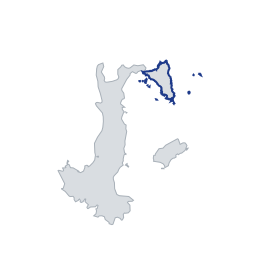 location of Sicilia, Enna, Italy, rotated 231°
{"feature_id": "23120603B91569774900330", "entity_name": "Sicilia", "entity_type": "district", "adm_level": 2, "iso_a3": "ITA", "parent_name": "Italy", "parent_adm1": "Enna", "projection": "albers", "projection_center": [13.963, 37.152], "detail": "fine", "context": "in_parent", "style": "outline", "palette": "blue", "viewbox_px": 256, "rotation_deg": 231, "n_neighbors": 0, "source": "geoboundaries", "source_scale": "gbopen_adm2", "svg_char_len": 8642}
<svg xmlns="http://www.w3.org/2000/svg" viewBox="0 0 256 256"><g transform="rotate(231 128 128)"><path d="M65.5,53.1L66.6,53.9L71.2,52.7L73.9,53.8L76.2,52.5L77.8,50.3L77.6,48.6L81.3,46.1L81.5,49.2L83.4,51.4L85.3,52.1L84.8,53.3L86.6,55.9L87.4,55.7L87.7,55.3L87.3,53.1L90.2,49.1L90.5,46.2L91.0,45.9L92.3,46.2L93.3,48.9L97.8,48.3L99.3,50.4L100.0,50.0L99.0,46.5L99.6,44.7L100.8,44.4L101.6,45.3L103.3,45.6L103.4,44.5L103.0,43.8L103.7,40.8L106.3,41.1L107.7,42.3L109.5,42.3L111.1,39.9L112.3,39.4L118.1,39.3L122.4,38.0L122.7,38.3L121.9,39.4L122.2,40.2L124.6,43.8L138.9,46.8L138.7,47.6L135.6,49.9L135.4,50.7L135.8,51.5L138.1,52.0L136.5,54.2L136.5,55.0L137.8,55.1L137.6,57.7L139.1,58.4L140.8,60.7L139.1,61.1L139.8,60.5L138.1,58.3L136.3,59.2L133.4,58.3L131.5,60.3L124.8,62.8L126.0,61.7L125.5,61.6L123.1,63.1L122.5,66.3L124.3,69.4L125.7,70.6L125.0,72.5L124.1,73.2L122.9,72.6L122.6,74.3L123.1,78.9L124.1,82.0L127.4,85.6L129.8,86.8L137.2,92.3L140.0,98.4L142.3,106.0L144.3,108.8L148.5,112.9L152.3,115.8L155.8,117.6L165.1,117.4L167.4,118.0L167.7,119.3L167.3,120.2L164.6,122.4L164.5,124.1L165.8,125.2L172.2,128.2L178.8,130.7L183.3,134.0L189.1,136.6L193.7,140.9L195.4,143.1L195.8,144.9L194.8,148.1L194.3,149.4L191.0,147.8L188.3,142.5L182.6,141.8L181.0,140.9L180.0,139.4L178.2,139.2L177.0,140.2L174.1,145.2L172.5,149.6L172.5,151.4L173.4,153.0L176.2,153.9L179.8,156.9L180.0,160.7L180.7,162.8L179.8,164.1L178.0,163.8L175.7,164.7L174.0,166.1L173.4,167.5L173.3,172.2L170.2,174.8L167.5,179.7L163.4,179.8L162.4,178.3L162.4,176.1L163.1,174.8L164.5,174.1L165.5,171.3L165.1,169.2L165.7,168.3L169.0,166.9L169.0,164.0L167.8,162.8L166.6,157.6L162.5,147.8L161.2,146.9L157.7,146.6L153.5,144.1L153.3,143.0L153.9,141.9L153.5,140.5L152.2,138.0L151.3,137.4L146.2,138.5L147.7,136.5L145.9,135.2L142.7,135.2L142.8,134.3L140.5,130.2L139.1,128.6L133.3,127.7L131.5,128.4L128.7,125.8L126.1,124.8L119.8,117.4L116.7,115.1L114.8,111.9L110.9,109.7L109.1,110.2L108.7,109.7L109.6,109.1L109.5,107.9L106.9,104.7L105.4,103.6L104.4,101.5L102.2,100.9L102.4,97.3L101.6,94.7L100.3,92.4L99.6,87.1L99.0,85.6L97.5,84.4L94.0,83.0L89.2,79.4L83.4,77.5L80.9,78.6L74.3,85.5L68.4,86.8L68.4,85.2L70.8,82.0L70.4,80.7L66.8,80.9L62.3,77.5L61.9,74.8L63.4,72.3L64.2,71.7L63.9,70.0L61.2,68.3L60.2,66.0L60.2,65.2L61.0,64.9L62.6,65.1L65.3,63.7L66.3,61.6L62.7,55.8L63.0,54.7L65.5,53.1ZM125.0,87.1L125.3,85.7L124.0,86.5L124.4,87.2L125.0,87.1ZM162.2,174.7L157.4,182.3L155.8,187.4L156.1,189.3L157.5,190.7L156.8,191.3L158.4,193.7L158.4,194.3L156.2,197.1L156.1,199.4L151.9,199.1L148.5,197.8L146.8,195.1L145.5,193.9L144.0,193.0L141.0,193.1L139.7,192.5L131.9,187.1L128.9,185.7L125.4,185.3L124.0,184.1L122.9,181.7L124.4,178.1L126.7,176.1L128.7,178.4L130.5,177.7L130.6,176.9L131.9,176.0L133.5,176.0L139.6,179.3L142.8,178.4L145.8,178.8L148.4,178.3L151.9,176.4L155.9,176.6L160.6,174.3L162.2,174.7ZM90.6,132.9L92.4,139.0L90.3,142.5L90.9,146.4L88.5,159.6L87.6,160.0L82.5,158.2L81.9,161.2L81.1,162.4L80.1,163.1L77.3,162.8L74.7,158.3L74.7,154.0L75.4,152.7L75.6,150.3L76.7,150.2L76.9,148.5L76.3,147.6L75.2,147.2L75.4,145.3L76.2,143.9L76.3,141.4L75.1,138.1L73.3,135.6L74.0,131.6L75.6,132.7L78.0,132.8L81.1,131.4L86.1,126.9L86.7,127.8L88.7,128.7L90.5,130.8L89.7,132.1L90.6,132.9ZM100.7,102.6L101.1,103.6L100.9,104.9L100.0,104.1L97.6,104.3L97.4,103.6L100.3,103.1L100.7,102.6ZM75.3,160.5L74.5,162.0L73.9,159.9L74.0,159.6L75.3,160.5ZM75.6,128.7L74.4,130.3L73.8,130.2L75.3,128.4L75.6,128.7ZM117.9,198.2L116.5,197.8L116.5,197.1L117.6,197.2L117.9,198.2ZM141.8,136.3L140.6,136.8L140.7,136.0L141.8,136.3Z" fill="#d9dde1" stroke="#a8b0b8" stroke-width="1"/><path d="M157.8,190.7L157.2,190.0L156.9,190.1L157.0,190.2L156.9,190.0L156.7,190.0L156.3,189.7L155.9,189.7L155.7,188.9L155.7,187.1L155.8,186.9L155.7,186.8L155.8,186.8L155.8,187.0L155.8,186.8L155.8,186.7L156.1,186.4L156.4,186.1L156.4,185.9L156.8,185.6L156.7,184.7L157.0,184.3L157.0,184.0L157.3,183.5L157.1,183.1L157.2,182.7L158.0,181.7L157.9,181.6L158.3,181.2L158.2,181.1L158.3,180.8L158.8,180.3L158.8,180.1L160.6,177.7L161.0,176.6L161.5,175.8L161.4,175.8L161.5,175.2L162.4,174.7L161.9,174.6L161.1,174.2L160.8,174.2L159.8,175.1L158.0,175.7L157.4,175.5L157.5,175.6L157.5,175.4L157.6,175.1L157.4,174.7L157.2,174.7L157.4,174.8L157.4,175.1L157.1,176.0L156.6,176.6L155.7,177.1L155.2,176.9L155.2,176.7L155.3,176.7L155.0,176.6L154.1,176.6L153.8,176.2L153.4,176.0L153.1,176.3L151.9,176.6L151.4,176.4L150.6,177.4L150.1,177.8L149.9,177.9L149.4,178.1L149.1,178.1L148.7,178.4L148.0,178.5L147.5,178.4L146.8,178.8L146.4,178.7L145.8,178.9L144.3,178.8L144.0,178.6L143.8,178.8L143.0,178.7L142.6,178.5L142.7,178.4L142.1,178.6L141.6,178.6L140.2,179.3L139.1,179.5L138.6,179.4L138.6,179.2L138.8,179.2L138.6,179.2L137.9,179.1L136.9,178.4L136.5,178.0L136.6,177.9L136.5,177.7L136.5,177.4L136.2,177.2L136.1,177.4L135.4,177.5L134.7,177.3L134.4,177.0L134.5,176.9L134.5,177.0L134.5,176.9L134.6,176.6L134.4,176.2L134.0,175.9L134.0,175.7L133.8,175.5L133.4,175.7L133.3,175.9L132.9,175.8L132.9,176.0L132.3,176.4L132.0,176.3L131.9,176.1L131.3,176.0L130.9,176.3L131.0,176.5L130.8,176.7L130.8,176.8L130.6,176.8L130.8,177.1L130.9,177.6L129.6,178.4L128.7,178.6L128.4,178.5L128.3,178.2L128.2,178.2L127.6,177.7L127.4,177.2L127.4,176.8L127.1,176.5L127.1,176.1L126.7,176.2L126.7,176.8L126.4,177.2L125.8,177.2L125.8,177.5L125.6,177.7L125.1,177.9L124.6,177.8L124.0,178.6L123.7,178.6L124.1,178.7L123.8,178.7L123.9,179.0L123.7,179.1L123.7,179.6L123.2,180.3L123.6,180.9L123.3,181.3L123.3,181.6L123.0,181.9L122.8,182.0L122.9,182.3L122.9,182.1L123.2,182.4L123.4,182.9L123.3,183.3L123.3,183.5L123.7,184.0L123.9,184.2L124.5,184.2L124.7,184.3L124.7,184.5L124.8,184.5L124.7,184.4L124.8,184.3L124.7,184.4L124.8,184.4L125.1,184.6L125.3,185.1L125.8,185.8L127.2,185.5L128.1,185.5L129.2,185.6L129.7,186.1L130.1,186.9L130.8,186.7L130.9,186.8L131.9,186.9L133.0,188.0L133.2,188.5L133.5,188.5L133.8,188.9L134.2,189.0L134.6,189.4L134.8,189.4L135.1,189.9L135.4,190.1L135.6,190.0L135.8,190.2L136.2,190.1L136.4,190.3L136.3,190.2L136.4,190.3L136.4,190.1L136.5,190.2L137.0,190.5L137.5,191.0L137.8,191.1L138.0,191.6L138.8,192.0L139.1,192.3L140.0,192.4L140.7,193.1L141.3,193.1L141.5,193.3L141.4,193.2L141.5,193.2L141.5,193.3L141.6,193.1L141.9,193.0L143.1,192.9L144.2,193.2L145.1,193.6L145.5,193.7L145.6,193.8L145.4,194.1L145.6,193.8L145.9,194.1L147.0,195.3L147.5,196.1L147.5,196.3L147.8,196.7L148.0,197.5L148.4,197.9L149.1,198.1L150.1,198.3L151.0,199.0L151.6,199.0L152.0,199.2L152.4,199.0L152.6,199.0L152.7,198.9L153.4,198.8L154.2,199.4L154.6,199.3L154.8,199.2L155.1,199.3L155.3,199.5L155.4,199.9L155.6,199.9L155.7,200.1L156.2,199.8L156.2,199.7L156.4,199.8L156.5,199.5L156.3,199.2L156.2,198.5L155.9,198.0L155.9,197.7L156.1,197.4L156.0,197.1L156.1,196.9L156.4,196.6L156.6,195.9L156.9,195.7L157.0,195.4L157.3,195.2L158.0,194.9L157.9,194.8L158.0,194.8L158.0,194.7L158.4,194.3L158.6,194.5L158.9,194.5L158.5,193.9L158.3,194.0L158.1,193.9L158.0,193.7L158.3,193.5L158.4,193.3L158.3,192.9L157.9,192.9L158.0,192.7L157.9,192.8L157.6,192.7L157.4,192.5L157.4,192.3L157.5,192.2L157.7,192.3L157.6,192.1L157.4,192.2L157.2,192.2L157.1,191.9L157.3,191.8L157.1,191.9L157.0,191.5L156.9,191.2L157.1,191.0L156.9,190.9L157.1,190.9L157.3,190.7L157.4,190.8L157.3,191.1L157.4,190.8L157.5,190.7L157.8,190.9L157.8,190.7ZM116.7,196.9L116.4,197.0L116.3,197.5L116.6,197.8L116.7,198.0L116.9,198.0L117.0,198.4L117.3,198.5L117.6,198.5L117.8,198.3L117.9,197.9L117.9,197.5L117.4,197.1L116.7,196.9ZM153.9,170.8L153.4,170.9L153.2,171.4L153.4,171.7L153.6,171.8L153.7,172.1L153.9,172.1L154.0,171.9L153.9,171.6L154.2,171.4L153.9,170.8ZM152.8,169.9L152.1,169.9L151.9,170.2L152.6,170.6L152.9,170.6L152.8,170.4L152.9,170.2L152.8,169.9ZM154.0,172.2L153.9,172.4L153.7,172.4L153.8,172.5L153.7,172.7L153.8,173.0L154.2,173.2L154.5,173.2L154.4,172.8L154.2,172.6L154.1,172.3L154.0,172.2ZM121.4,179.6L120.9,179.8L121.1,180.2L121.8,180.1L121.9,180.4L122.1,180.3L122.1,180.0L121.9,179.9L121.6,180.0L121.4,179.6ZM123.6,217.5L123.4,217.6L124.1,217.7L124.4,218.0L124.5,217.9L124.5,218.0L124.9,218.0L124.9,217.9L124.7,217.9L124.9,217.7L123.6,217.5ZM157.1,166.3L156.7,166.5L156.8,166.8L157.0,166.9L157.3,166.4L157.1,166.3ZM118.4,178.9L118.0,178.9L118.2,179.3L118.1,179.5L118.7,179.6L118.4,179.2L118.4,178.9ZM149.0,169.9L148.8,170.0L149.0,170.3L149.5,170.3L149.3,170.2L149.0,169.9ZM132.2,167.8L131.9,168.2L132.1,168.2L132.5,167.9L132.2,167.8ZM123.2,180.4L122.9,180.6L123.1,181.3L123.2,180.9L123.1,180.6L123.2,180.4ZM121.7,178.5L121.6,178.9L121.7,179.1L121.9,179.1L121.7,178.5ZM128.0,212.1L127.8,212.1L127.7,212.2L127.8,212.4L128.1,212.4L128.0,212.1ZM146.6,170.4L146.4,170.5L146.6,170.7L146.6,170.4ZM155.3,168.9L155.1,168.9L155.1,169.2L155.3,169.1L155.3,168.9Z" fill="none" stroke="#1e3a8a" stroke-width="2"/></g></svg>